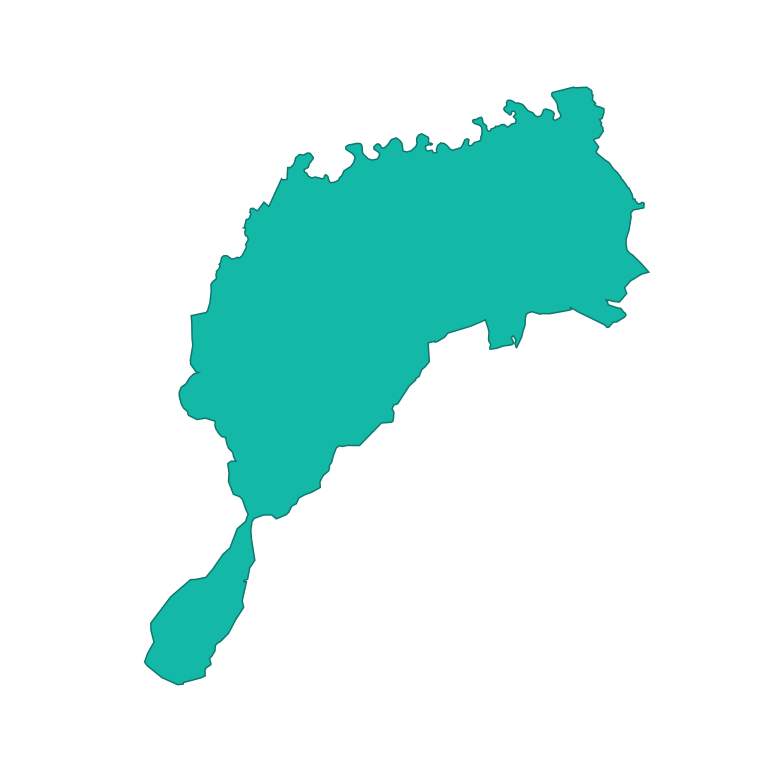 Dieci, Arad, Romania, rotated 168°
{"feature_id": "2599482B18788112816328", "entity_name": "Dieci", "entity_type": "district", "adm_level": 2, "iso_a3": "ROU", "parent_name": "Romania", "parent_adm1": "Arad", "projection": "orthographic", "projection_center": [22.243, 46.362], "detail": "fine", "context": "isolated", "style": "filled", "palette": "teal", "viewbox_px": 768, "rotation_deg": 168, "n_neighbors": 0, "source": "geoboundaries", "source_scale": "gbopen_adm2", "svg_char_len": 6163}
<svg xmlns="http://www.w3.org/2000/svg" viewBox="0 0 768 768"><g transform="rotate(168 384 384)"><path d="M433.2,615.7L436.3,604.3L440.5,604.7L441.6,606.0L459.7,581.6L463.6,586.8L471.5,579.9L472.9,580.4L475.4,583.0L477.6,583.3L478.6,582.6L478.9,580.6L479.7,579.8L478.9,578.4L479.1,577.5L480.2,576.1L480.3,575.0L482.5,573.5L484.6,573.5L487.9,566.3L488.8,566.0L487.1,565.3L487.8,562.3L488.5,562.0L488.7,561.2L488.6,557.9L487.4,557.1L486.7,555.9L486.9,553.1L490.4,549.2L489.9,547.2L491.1,545.1L496.1,539.1L499.1,537.3L500.4,538.2L502.0,538.3L505.4,537.5L507.4,538.3L510.8,542.0L513.9,542.8L516.6,541.3L518.9,536.3L520.4,535.4L519.9,534.5L520.0,533.1L521.8,530.8L524.5,529.0L524.6,527.7L525.6,526.1L525.9,522.0L530.0,519.8L532.5,517.6L533.8,510.4L537.4,499.6L541.0,492.9L543.0,490.9L558.4,490.9L559.2,484.3L562.3,468.1L562.9,461.8L568.4,447.8L569.0,443.5L565.4,435.2L562.9,433.7L567.7,433.5L573.0,430.3L577.7,425.3L583.0,423.0L585.7,419.2L586.6,416.1L586.8,412.3L586.3,405.9L585.0,402.0L581.9,397.9L582.0,395.0L581.6,393.9L574.3,388.1L565.8,387.7L556.9,382.7L558.0,378.2L557.8,375.4L556.1,370.4L553.8,366.4L550.1,364.5L550.1,357.7L549.2,353.2L546.2,348.5L546.2,343.6L544.8,339.3L549.6,340.3L553.4,338.6L554.0,329.5L556.4,320.9L554.2,307.4L548.6,303.9L546.5,300.6L545.3,290.5L544.0,284.9L548.0,278.3L557.6,273.0L568.8,255.6L576.8,251.0L589.8,238.7L598.4,231.9L608.6,232.0L614.0,232.8L636.7,220.3L661.8,198.6L663.1,191.9L662.7,179.3L671.3,169.5L676.0,161.8L674.1,157.6L662.2,142.9L648.3,132.8L642.9,132.2L642.2,133.7L623.8,134.7L619.6,135.7L618.6,141.3L617.2,143.2L611.7,145.5L611.4,146.8L611.8,151.8L609.0,153.6L604.9,158.0L603.4,163.1L601.0,165.1L597.6,166.1L588.0,172.4L577.9,184.5L567.7,194.7L567.8,201.4L559.6,219.3L562.2,219.5L562.2,220.7L558.0,221.5L553.6,232.1L547.0,238.4L545.9,259.3L544.7,268.6L541.8,276.7L538.9,279.5L529.2,280.9L524.7,280.1L521.0,279.2L517.4,274.5L506.7,276.6L503.8,278.4L499.6,283.8L494.7,285.1L491.0,290.2L484.3,292.2L477.2,293.2L467.8,296.1L467.1,301.3L464.3,305.2L461.8,307.6L456.4,310.4L455.1,312.5L454.1,316.0L451.4,318.4L448.7,324.1L443.9,331.5L440.4,332.8L437.5,331.5L432.9,331.6L420.8,328.9L394.6,346.4L385.2,345.1L383.2,345.6L381.7,349.0L380.2,354.4L381.2,358.3L378.8,361.4L374.7,361.8L359.8,376.8L352.0,381.5L351.9,382.7L348.1,384.1L344.1,390.3L340.8,391.9L335.0,396.5L332.3,415.0L325.5,415.3L325.5,414.4L323.2,414.4L315.0,417.2L311.0,420.5L287.4,422.5L271.5,425.6L270.5,416.1L270.5,412.8L272.5,405.9L272.4,403.5L271.3,400.5L273.1,397.3L273.0,395.9L266.4,395.5L259.5,396.4L252.3,395.8L249.7,396.2L249.0,396.8L248.8,398.4L249.8,403.1L247.3,404.2L245.7,398.9L247.4,397.1L247.2,392.6L246.7,392.0L239.6,401.3L236.7,407.4L234.0,411.8L231.7,420.1L230.0,422.8L227.5,423.7L224.0,423.9L216.9,419.9L214.7,420.0L207.3,418.3L187.4,417.7L185.0,418.1L186.3,420.6L178.5,413.7L155.9,396.0L154.1,393.0L152.2,392.9L147.1,396.7L143.2,396.4L134.9,399.4L133.1,400.9L133.1,402.4L133.9,404.0L135.0,404.6L135.2,406.0L136.8,408.8L138.6,409.3L148.1,414.7L148.6,418.9L149.3,419.9L147.4,419.8L146.9,419.0L145.0,418.6L143.3,417.4L136.7,415.2L127.8,422.1L128.6,428.2L121.7,433.5L109.3,437.9L101.7,438.4L107.2,448.1L114.0,458.4L116.8,461.2L118.5,464.7L118.0,471.5L116.9,475.6L112.2,484.0L107.5,496.1L107.2,499.7L104.2,502.4L93.2,502.3L92.0,506.7L92.3,507.4L94.3,508.0L95.6,507.1L98.5,507.6L98.8,509.0L99.9,510.1L100.1,512.8L101.9,513.1L101.9,518.0L103.8,525.0L105.0,525.8L105.2,527.4L108.1,534.0L108.7,534.3L109.5,537.5L112.2,543.0L114.7,546.3L117.8,553.7L121.1,557.0L127.6,565.1L128.3,567.5L127.2,568.2L124.7,571.2L128.0,578.8L127.7,579.7L122.4,580.3L116.9,585.8L117.1,587.1L116.6,588.8L118.0,592.9L117.1,593.4L117.0,594.3L118.1,598.0L115.5,598.3L112.5,603.7L111.6,607.5L116.1,610.6L116.9,610.5L120.0,613.5L118.7,614.7L121.1,618.6L119.5,623.1L120.2,623.6L120.3,625.3L119.8,626.5L120.0,627.9L123.9,632.1L135.6,634.0L136.6,634.8L138.3,634.9L158.5,634.1L159.5,633.3L159.9,630.8L157.3,625.6L156.4,622.2L156.6,615.0L155.4,611.5L155.3,609.0L157.4,607.5L161.4,606.4L162.6,606.9L163.6,608.2L161.3,612.8L161.6,614.5L163.7,616.7L168.5,619.4L170.8,619.0L173.5,614.9L175.8,613.4L178.7,613.7L180.5,615.2L182.0,618.3L186.4,621.4L189.6,627.5L191.2,629.2L194.6,631.1L196.2,631.0L200.7,634.9L203.4,635.8L204.5,635.4L205.5,634.0L206.2,630.6L208.8,629.4L209.6,628.2L209.6,627.3L208.8,625.5L206.1,622.7L205.7,621.7L204.6,620.9L203.3,621.5L202.8,623.7L200.6,624.0L199.4,623.3L199.1,620.7L201.8,618.6L199.8,615.1L200.5,613.1L201.7,611.8L205.5,611.7L206.7,610.6L209.7,609.6L212.6,612.9L215.1,613.3L218.7,612.2L221.3,612.9L221.8,611.8L226.3,611.1L227.4,609.5L229.3,609.5L230.1,610.8L230.5,612.8L230.0,615.0L233.0,619.0L232.6,622.7L233.2,624.6L235.6,624.6L239.0,623.5L240.9,624.0L242.4,623.4L242.6,622.0L242.2,621.2L241.3,620.0L236.0,616.7L235.2,614.7L235.2,612.5L236.3,607.9L237.9,605.6L238.2,603.6L239.7,601.9L245.5,601.4L248.9,599.0L251.4,599.6L251.8,601.0L250.1,605.2L251.5,606.5L254.1,606.0L258.4,600.2L260.0,599.2L268.2,598.4L270.3,599.7L273.2,604.7L275.3,606.8L278.3,608.0L281.9,606.1L283.9,602.8L284.3,599.5L287.3,599.5L288.5,602.8L292.4,602.7L293.9,603.7L294.3,604.9L294.0,608.1L290.1,608.9L288.8,607.9L287.2,608.2L286.9,608.8L287.8,609.8L289.5,610.0L290.2,611.0L289.3,615.2L289.5,616.2L295.1,620.9L298.5,620.2L300.6,618.1L301.5,615.3L301.6,612.5L303.5,609.7L308.9,606.5L313.4,606.2L316.9,607.9L316.4,615.6L317.9,618.9L320.8,622.2L326.0,621.5L330.9,616.9L334.4,615.0L336.1,615.0L337.4,616.0L338.1,618.6L339.7,620.1L341.2,620.1L344.2,618.4L344.8,617.6L344.9,615.7L340.9,611.6L340.5,609.8L341.4,608.0L343.8,605.4L349.2,605.5L352.5,607.4L356.2,612.7L356.9,614.9L356.0,621.6L357.1,624.0L360.3,625.0L369.4,625.1L371.9,624.1L372.5,622.1L371.7,620.7L367.0,616.1L365.3,612.9L365.5,610.7L367.8,606.8L371.2,603.7L378.9,600.8L381.9,596.5L384.5,595.1L386.0,592.8L391.2,591.6L394.8,592.2L395.6,594.6L395.8,598.9L396.8,600.2L397.7,600.8L398.5,600.4L400.1,597.8L401.6,597.5L408.0,600.7L412.0,600.6L414.9,603.1L415.7,606.2L417.7,607.9L417.6,610.4L413.0,611.6L411.3,614.9L406.3,619.3L406.3,620.8L408.2,624.9L410.7,625.9L415.1,624.7L416.3,624.8L417.5,625.8L419.5,625.8L423.4,623.6L425.3,619.6L427.1,617.3L430.4,615.2L433.2,615.7Z" fill="#14b8a6" stroke="#0f766e" stroke-width="1.5"/></g></svg>